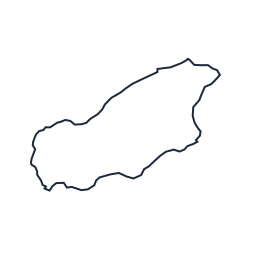 the district of Monagri, Limassol, Cyprus, rotated 254°
{"feature_id": "46923920B77893403419500", "entity_name": "Monagri", "entity_type": "district", "adm_level": 2, "iso_a3": "CYP", "parent_name": "Cyprus", "parent_adm1": "Limassol", "projection": "robinson", "projection_center": [32.913, 34.791], "detail": "fine", "context": "isolated", "style": "outline", "palette": "slate", "viewbox_px": 256, "rotation_deg": 254, "n_neighbors": 0, "source": "geoboundaries", "source_scale": "gbopen_adm2", "svg_char_len": 1216}
<svg xmlns="http://www.w3.org/2000/svg" viewBox="0 0 256 256"><g transform="rotate(254 128 128)"><path d="M92.8,31.1L89.5,35.4L92.8,39.1L94.8,43.8L93.0,51.2L87.6,52.8L86.9,57.6L83.8,62.2L81.1,66.1L80.1,72.6L82.3,79.9L86.3,82.8L88.3,86.9L88.3,98.1L87.3,106.8L81.9,113.1L78.0,119.3L79.1,127.6L84.1,132.3L85.4,137.6L88.8,144.0L92.4,151.3L94.7,157.7L94.7,161.3L94.6,166.0L91.2,171.1L91.8,176.4L94.2,180.1L94.7,186.7L95.5,189.8L95.7,190.9L97.6,190.0L100.7,194.9L101.5,195.3L104.7,196.8L108.7,195.2L114.6,193.5L121.7,193.5L130.1,196.5L135.2,204.3L140.1,208.0L146.3,213.1L147.3,220.2L150.3,225.6L153.6,230.9L159.0,229.6L162.1,225.5L166.4,222.2L168.1,216.0L170.4,209.1L176.5,206.0L178.0,204.6L177.2,203.3L175.7,197.4L174.6,185.7L176.6,172.6L173.7,171.7L170.7,152.8L169.3,144.7L166.7,136.7L164.2,130.8L161.6,120.3L157.1,112.4L153.1,108.5L149.7,103.0L147.2,94.4L144.5,89.4L144.4,84.5L146.0,77.7L150.7,74.5L153.0,70.0L152.5,64.8L152.6,61.4L150.1,53.3L151.4,49.0L149.4,46.1L149.5,41.7L147.2,37.9L144.8,35.9L140.7,32.9L137.7,31.7L133.1,32.9L128.3,29.3L124.9,26.8L121.5,25.2L119.4,25.1L116.0,28.1L111.3,28.7L110.1,28.4L108.2,27.8L101.7,29.9L96.7,30.3L94.4,33.0L92.8,31.1Z" fill="none" stroke="#1e293b" stroke-width="2"/></g></svg>